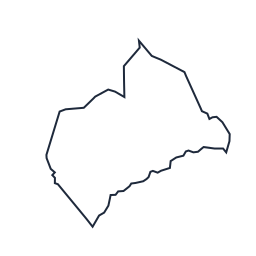 outline of Vicência, Pernambuco, Brazil, rotated 155°
{"feature_id": "56859067B62472660799714", "entity_name": "Vicência", "entity_type": "district", "adm_level": 2, "iso_a3": "BRA", "parent_name": "Brazil", "parent_adm1": "Pernambuco", "projection": "natural_earth1", "projection_center": [-35.361, -7.666], "detail": "fine", "context": "isolated", "style": "outline", "palette": "slate", "viewbox_px": 256, "rotation_deg": 155, "n_neighbors": 0, "source": "geoboundaries", "source_scale": "gbopen_adm2", "svg_char_len": 977}
<svg xmlns="http://www.w3.org/2000/svg" viewBox="0 0 256 256"><g transform="rotate(155 128 128)"><path d="M201.8,53.5L191.2,60.9L185.4,61.4L178.6,65.9L174.3,71.6L172.1,74.6L167.5,72.7L163.7,74.7L158.7,72.8L154.4,73.8L151.2,74.6L148.5,76.3L144.4,75.0L136.7,73.3L132.8,73.9L130.1,74.8L126.2,78.8L123.6,78.6L120.0,75.0L116.1,75.3L106.9,74.1L103.3,80.0L96.7,80.9L89.5,79.5L85.5,82.3L82.7,82.0L79.0,78.3L74.6,76.9L70.7,78.0L67.6,78.8L58.2,72.8L50.5,69.2L49.3,64.4L41.6,73.2L38.4,79.5L40.0,93.4L43.0,100.7L46.9,102.0L50.4,101.8L50.0,107.5L53.9,112.0L53.8,114.9L53.4,150.5L53.2,154.8L69.5,176.2L73.2,180.2L76.0,183.3L81.2,202.5L83.4,195.9L105.6,185.8L108.1,180.3L111.7,172.3L118.2,157.6L124.4,166.5L129.7,171.2L144.5,170.3L146.8,169.4L159.5,165.0L162.8,166.2L168.2,168.2L176.6,171.3L183.0,171.8L213.3,138.1L214.5,135.1L214.9,129.2L215.3,123.6L213.1,118.7L216.5,117.3L215.3,113.7L217.6,108.9L215.3,106.7L204.1,63.4L201.8,53.5Z" fill="none" stroke="#1e293b" stroke-width="2"/></g></svg>